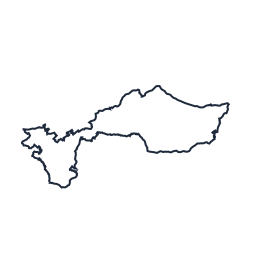 Vanatori, Mures, Romania (Natural Earth projection), rotated 324°
{"feature_id": "2599482B98796527155526", "entity_name": "Vanatori", "entity_type": "district", "adm_level": 2, "iso_a3": "ROU", "parent_name": "Romania", "parent_adm1": "Mures", "projection": "natural_earth1", "projection_center": [25.005, 46.213], "detail": "fine", "context": "isolated", "style": "outline", "palette": "slate", "viewbox_px": 256, "rotation_deg": 324, "n_neighbors": 0, "source": "geoboundaries", "source_scale": "gbopen_adm2", "svg_char_len": 5780}
<svg xmlns="http://www.w3.org/2000/svg" viewBox="0 0 256 256"><g transform="rotate(324 128 128)"><path d="M223.4,168.1L223.2,166.6L222.4,166.1L218.6,164.6L218.0,164.1L216.2,164.1L215.2,163.8L211.7,160.5L209.2,159.2L208.9,157.6L208.3,157.6L208.1,158.0L207.7,157.4L206.9,157.3L206.7,156.9L204.7,156.0L201.2,155.5L199.8,154.8L197.8,153.0L197.2,151.5L196.3,150.5L195.6,150.3L194.8,149.5L189.1,141.8L185.9,136.4L184.8,134.8L183.8,132.1L182.6,130.5L182.0,128.0L181.8,126.2L181.2,125.0L179.6,123.3L179.3,121.6L179.4,119.9L178.0,116.5L177.9,115.2L178.2,112.6L176.6,111.6L176.3,111.2L175.3,110.8L169.8,111.7L166.8,110.7L163.6,110.1L162.1,110.4L160.9,111.5L157.8,111.0L157.6,110.8L158.2,110.5L158.3,109.4L158.0,108.5L158.2,107.3L157.8,106.6L157.8,106.1L158.5,105.6L159.3,103.9L158.6,102.8L158.0,102.9L156.1,102.1L155.5,101.4L153.8,100.4L148.7,100.7L146.2,99.6L145.3,99.5L144.4,99.9L142.2,100.0L140.5,100.7L139.9,101.3L138.2,101.9L136.0,103.9L134.4,104.4L132.3,104.5L131.8,104.2L131.2,103.1L130.8,102.8L129.1,102.4L127.0,102.7L126.6,101.6L125.5,101.6L125.1,101.0L124.8,101.4L124.2,101.5L124.2,101.8L123.7,101.2L121.3,99.6L120.0,99.3L117.4,99.2L116.1,98.0L114.9,97.2L114.3,97.1L113.9,97.6L112.4,98.1L110.2,97.4L108.6,100.2L106.6,101.7L105.2,101.8L101.7,100.6L99.9,100.7L100.6,102.4L100.7,103.8L100.4,104.3L99.6,104.8L99.7,105.7L99.4,106.2L97.4,107.0L95.7,105.5L95.0,104.5L92.9,103.0L91.7,103.5L90.6,102.3L86.0,102.1L86.2,100.7L79.8,101.1L79.9,100.4L80.2,100.6L80.7,99.9L79.2,98.7L79.6,98.3L81.0,98.1L81.5,97.5L81.5,96.6L79.1,96.6L75.8,95.8L75.2,96.5L76.2,97.4L76.6,98.7L76.4,99.1L75.2,99.3L74.6,99.0L74.4,98.5L74.1,98.3L72.3,98.4L70.0,98.1L69.3,99.2L69.7,99.6L68.9,100.4L68.6,99.8L67.7,99.5L67.6,98.3L67.3,97.4L66.5,97.6L65.0,96.9L64.1,97.6L62.4,98.0L61.4,96.0L61.4,95.6L62.1,95.1L61.3,93.0L65.9,92.2L65.8,91.3L65.4,91.3L65.7,88.5L62.4,87.4L61.2,86.7L60.4,85.7L59.0,85.6L59.8,84.0L60.7,83.2L63.3,82.5L63.1,81.6L61.7,81.2L61.2,82.1L59.5,81.7L60.9,78.5L62.1,77.1L62.8,76.9L62.9,76.4L61.0,76.2L59.9,77.9L58.3,77.1L57.1,75.7L57.0,75.9L55.6,74.8L52.1,73.9L50.4,72.3L47.4,71.2L45.9,70.4L42.8,67.6L42.6,67.9L43.0,68.7L43.0,69.5L42.3,70.4L43.2,73.6L44.4,73.5L44.8,74.2L44.4,74.9L44.3,76.5L42.2,77.5L41.1,77.3L39.3,77.7L34.7,77.0L33.7,77.5L33.3,78.0L33.8,79.7L33.3,80.8L35.0,82.0L35.2,82.6L36.5,84.0L36.7,85.0L36.1,86.1L37.7,87.4L38.4,87.2L40.5,87.4L42.4,86.5L43.4,90.8L45.2,90.4L45.5,92.1L44.2,92.9L43.7,93.8L43.9,94.8L45.0,94.4L45.1,95.1L43.8,96.2L43.2,96.2L42.6,95.8L41.5,96.8L40.8,96.4L41.3,95.3L41.1,94.8L40.7,94.1L39.2,93.2L38.5,92.0L36.8,92.3L35.8,93.8L34.7,93.9L34.1,94.3L34.7,95.2L35.0,97.1L37.1,99.8L37.0,100.4L37.4,100.2L38.5,100.4L38.5,101.4L38.0,102.0L38.7,102.3L38.4,102.7L38.5,103.0L38.2,104.4L38.4,105.0L38.9,104.9L39.1,105.4L38.7,106.2L39.0,106.9L38.5,107.7L38.7,107.9L38.0,108.9L38.1,109.5L38.6,109.8L38.2,110.2L38.5,110.3L38.5,110.8L37.2,111.6L36.4,112.6L36.9,113.7L36.7,114.0L37.0,117.1L36.5,118.2L36.9,118.8L36.5,119.4L36.4,120.1L35.5,121.3L34.8,123.0L34.1,123.5L33.9,124.0L33.2,124.3L32.9,125.3L32.9,126.2L32.6,126.4L33.3,126.9L33.8,127.7L34.6,127.9L35.2,129.3L37.6,131.5L38.0,132.4L38.7,133.4L39.4,137.2L40.5,137.5L41.3,138.4L42.6,139.2L44.3,139.4L45.0,139.0L46.8,139.6L48.8,138.1L50.0,136.3L51.8,135.9L53.1,136.0L56.7,137.1L58.7,136.4L59.5,135.4L59.5,135.0L59.9,134.9L60.0,134.1L59.7,133.2L60.0,132.9L59.8,132.7L60.4,132.5L60.0,132.3L59.5,131.6L59.0,131.2L59.1,130.9L58.6,130.7L58.5,130.0L58.0,129.8L58.1,129.5L57.5,129.3L57.4,128.6L57.1,128.4L56.9,127.4L56.6,127.4L56.7,127.2L59.1,126.6L60.2,126.2L60.4,127.5L61.3,129.6L62.0,130.2L61.7,128.5L63.1,126.6L64.2,126.4L66.4,125.3L66.8,124.2L66.6,123.8L66.9,121.9L67.8,121.3L68.8,120.0L70.0,119.2L70.7,117.7L71.4,117.1L71.4,115.7L74.2,115.0L74.1,114.7L74.9,114.1L79.3,112.3L82.6,109.1L84.7,108.0L85.3,108.5L84.2,109.0L83.3,109.0L83.1,109.5L84.6,110.4L85.6,110.5L86.1,111.5L86.6,111.6L86.9,113.5L88.9,115.1L89.8,115.6L90.4,116.3L90.4,117.0L90.7,117.3L91.3,117.2L91.3,116.5L91.8,115.9L93.4,115.5L94.0,115.1L94.5,115.2L94.3,116.2L94.8,117.0L96.1,116.0L98.1,115.8L98.5,115.3L99.6,115.5L100.5,114.8L99.7,113.9L100.8,113.5L101.0,114.0L101.6,114.0L102.2,114.5L102.6,115.6L103.3,115.6L104.5,116.6L104.4,117.1L106.0,118.8L106.2,119.5L107.1,120.5L107.3,121.2L110.1,122.8L110.1,123.6L110.5,124.0L112.8,124.8L113.4,125.2L113.6,125.9L116.0,127.2L115.9,127.6L116.1,127.9L117.4,128.6L117.5,129.7L118.6,130.2L119.3,131.3L120.8,132.4L121.5,133.2L121.6,133.7L122.5,134.2L124.0,134.3L124.6,135.2L124.8,134.5L125.1,134.6L124.9,134.8L125.0,135.0L126.1,135.3L127.3,134.7L127.4,135.0L128.4,135.3L128.4,135.6L129.3,135.7L130.2,136.4L131.0,137.2L130.7,137.6L130.9,137.8L131.4,137.6L131.9,138.7L132.9,138.7L133.1,140.7L132.9,142.0L133.5,144.2L133.2,145.6L133.8,147.6L133.8,148.2L133.4,149.8L132.4,152.0L132.0,155.4L131.5,155.9L130.3,158.1L131.1,159.3L135.3,163.4L136.8,165.2L139.7,165.6L140.8,166.0L142.5,168.2L144.1,168.9L145.1,169.9L146.7,170.8L147.6,172.2L149.0,173.2L150.6,173.3L153.5,174.6L154.0,175.0L154.5,176.9L156.1,178.3L159.1,179.2L159.9,179.8L160.2,180.4L161.2,181.5L161.9,181.9L163.6,182.6L164.8,182.5L167.0,181.4L170.7,181.3L171.5,181.5L175.1,181.3L177.0,182.7L178.8,183.7L179.5,184.5L183.0,185.5L183.4,186.0L183.7,187.2L184.7,188.4L187.0,187.8L189.0,187.9L189.9,187.6L191.5,187.9L192.0,186.4L192.9,186.6L193.2,186.3L193.3,185.9L193.1,185.6L192.5,185.4L192.8,184.7L194.2,184.2L194.7,183.1L194.8,182.9L194.3,182.7L193.7,182.1L193.6,181.3L195.0,181.1L197.0,181.4L196.5,182.4L196.0,183.0L198.1,183.7L198.8,182.5L201.5,180.2L205.3,178.1L205.5,177.9L205.3,177.6L205.9,176.9L205.9,176.6L206.4,175.7L206.6,175.7L206.6,175.4L207.0,175.1L207.0,174.8L207.3,174.7L207.4,174.0L208.9,174.6L211.4,174.2L213.2,173.2L214.5,172.9L215.9,173.3L216.4,173.9L220.0,171.5L220.7,169.5L222.5,168.3L223.4,168.1Z" fill="none" stroke="#1e293b" stroke-width="2"/></g></svg>